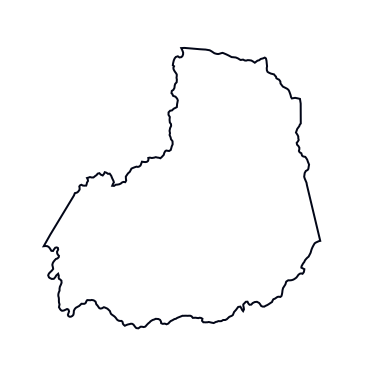 the district of Boa Vista do Tupim, Bahia, Brazil, rotated 11°
{"feature_id": "56859067B5310344538767", "entity_name": "Boa Vista do Tupim", "entity_type": "district", "adm_level": 2, "iso_a3": "BRA", "parent_name": "Brazil", "parent_adm1": "Bahia", "projection": "natural_earth1", "projection_center": [-40.706, -12.743], "detail": "fine", "context": "isolated", "style": "outline", "palette": "ink", "viewbox_px": 384, "rotation_deg": 11, "n_neighbors": 0, "source": "geoboundaries", "source_scale": "gbopen_adm2", "svg_char_len": 5971}
<svg xmlns="http://www.w3.org/2000/svg" viewBox="0 0 384 384"><g transform="rotate(11 192 192)"><path d="M327.2,215.5L303.5,163.3L302.6,161.0L300.1,157.3L299.2,155.6L299.0,151.9L299.7,149.7L301.3,148.3L301.8,147.1L301.7,144.7L301.7,142.8L300.0,140.2L298.9,138.3L297.6,136.9L296.5,135.9L294.4,135.9L293.1,135.3L291.9,133.1L290.1,132.5L289.1,131.3L289.2,129.5L288.9,128.0L287.6,126.5L286.1,125.5L285.4,123.8L286.3,122.1L286.8,120.6L286.1,119.0L285.7,117.2L284.5,115.6L282.7,113.8L283.1,111.2L283.3,109.9L284.7,107.0L285.0,105.3L285.7,104.0L281.8,84.4L280.2,80.0L277.5,79.9L275.2,79.9L272.2,81.1L271.1,79.9L270.3,78.1L269.2,76.2L268.1,74.4L267.1,73.3L265.9,72.6L264.3,72.1L261.1,71.2L259.5,69.8L258.2,68.6L257.6,66.6L256.0,65.1L254.3,64.7L253.1,64.2L252.4,62.7L251.3,62.0L250.1,60.9L246.8,60.7L244.7,60.2L243.3,59.7L242.3,58.3L241.7,56.0L241.7,54.3L240.8,51.4L240.1,49.0L239.1,46.8L237.8,46.2L236.2,47.3L234.1,48.3L232.7,49.9L231.2,50.6L229.0,53.1L227.8,52.6L226.6,52.1L225.1,51.6L223.2,51.7L221.6,51.9L220.0,52.7L218.6,52.8L216.9,52.3L214.6,53.1L213.4,52.8L212.0,52.2L210.8,51.9L209.3,51.6L205.1,52.0L202.2,51.1L199.6,50.4L196.8,49.8L195.5,49.6L194.3,50.1L192.7,51.0L191.3,51.6L189.5,51.7L187.5,51.5L184.2,50.1L182.3,49.5L178.2,49.6L172.9,50.3L157.0,52.0L154.0,52.8L155.5,54.8L156.7,56.8L157.0,58.7L156.6,60.6L155.7,61.7L154.0,62.3L152.2,61.5L150.4,62.5L149.5,64.1L149.0,66.4L148.9,69.2L149.0,71.3L150.4,72.0L150.0,73.7L150.6,75.2L152.0,76.9L153.4,78.2L154.6,79.5L154.9,81.0L155.0,82.8L155.7,84.6L156.0,87.2L154.9,89.0L154.7,90.7L154.9,93.2L154.2,95.3L152.9,96.6L153.0,98.9L154.3,99.9L154.9,101.1L156.2,101.4L157.6,101.6L159.6,103.2L160.6,104.8L160.6,107.0L160.6,108.7L160.8,110.2L160.9,111.6L158.1,113.8L156.8,115.7L155.0,116.4L153.8,118.3L154.2,120.7L155.9,122.6L156.2,125.4L157.0,128.0L158.4,129.3L158.9,131.1L158.3,133.4L158.3,136.3L159.2,138.5L159.1,140.3L160.6,142.5L161.3,144.2L163.2,145.9L163.9,148.9L163.4,151.1L163.3,152.8L163.1,154.8L161.7,156.1L160.4,156.2L158.8,156.2L157.9,157.1L157.3,159.0L157.2,160.9L155.6,163.5L154.5,164.9L153.1,164.7L151.3,164.8L149.8,164.7L148.3,165.5L146.1,166.3L144.1,166.3L142.6,166.9L143.1,168.6L142.8,170.1L141.9,171.0L140.7,171.5L139.2,171.7L137.1,171.8L136.8,173.6L136.4,175.8L135.4,177.0L134.1,177.7L132.7,177.7L131.1,178.6L129.5,179.6L128.1,180.6L127.1,184.0L125.6,186.0L124.1,189.5L124.6,191.6L125.2,193.3L124.6,195.1L122.7,195.2L121.4,196.1L120.5,197.3L119.1,198.3L117.3,199.0L115.8,199.4L114.3,200.9L112.5,201.1L112.9,199.1L113.5,197.4L112.6,195.8L111.8,194.8L110.6,193.1L109.6,191.5L107.7,189.7L106.1,190.2L104.3,189.4L102.6,189.2L102.1,191.1L101.2,192.8L99.2,192.4L97.5,191.2L95.9,192.0L95.1,193.6L94.1,194.6L92.5,196.5L90.8,196.9L89.0,196.8L87.7,197.6L86.3,198.3L87.3,199.6L87.8,201.0L87.1,202.8L87.1,204.5L86.9,205.9L85.2,206.3L83.6,206.5L82.1,206.0L81.0,206.7L80.3,208.0L80.9,209.5L81.2,211.1L80.2,213.4L79.1,214.6L77.2,215.5L76.8,217.9L61.0,260.9L56.8,273.5L58.4,273.0L60.5,272.8L62.1,273.5L63.2,274.4L65.2,276.6L66.8,276.4L67.4,274.8L68.4,272.8L69.8,272.2L71.0,272.5L71.6,274.0L70.9,276.4L71.5,278.2L72.5,279.3L73.6,280.1L73.6,281.5L72.6,282.9L71.2,283.7L70.2,285.3L69.3,287.1L68.9,288.4L68.8,290.2L69.8,292.4L70.4,294.0L69.5,295.8L67.8,298.2L67.1,299.4L66.7,301.2L67.9,303.1L69.0,303.6L70.9,304.1L72.9,303.6L74.0,301.8L74.7,299.8L76.2,297.8L77.2,299.6L77.4,301.4L78.0,302.6L79.2,303.0L80.7,303.9L81.3,306.0L81.0,307.9L80.4,310.2L80.4,312.0L80.8,314.2L80.4,315.9L80.3,317.8L80.6,319.5L81.4,321.2L81.8,322.6L82.1,324.3L82.5,325.8L83.4,327.6L83.4,330.5L84.8,332.1L85.9,333.0L87.1,333.4L88.8,332.8L91.7,330.7L93.1,331.0L94.1,332.6L93.8,334.7L93.6,336.3L94.4,337.4L95.7,337.8L96.9,337.5L98.2,336.5L99.0,335.1L99.0,333.3L98.7,331.1L99.3,329.1L100.1,327.8L101.5,326.6L102.9,325.5L103.8,324.3L104.8,322.8L106.3,322.6L107.9,322.2L108.9,321.0L109.1,319.5L109.8,318.1L111.4,317.8L112.7,317.7L114.2,317.1L116.2,317.1L118.2,318.0L119.6,320.6L120.7,321.3L121.6,322.2L123.2,323.7L124.3,323.9L125.7,323.4L127.5,321.9L128.9,322.1L131.3,322.7L134.2,324.6L135.0,326.1L136.0,327.3L139.7,329.0L141.1,330.0L142.8,331.6L144.4,332.3L146.1,332.3L147.5,332.0L148.7,332.9L149.3,334.5L150.3,335.4L151.6,336.1L153.1,335.0L154.5,334.2L155.9,333.6L157.1,333.0L158.3,332.8L159.8,333.3L162.0,335.3L163.3,336.2L165.3,336.1L166.3,335.1L167.2,334.1L168.4,333.8L170.4,333.8L171.9,333.0L173.1,330.9L174.3,329.1L175.2,328.1L176.0,326.8L177.7,325.2L179.2,324.4L180.6,323.4L183.3,323.1L185.0,323.6L186.2,325.0L186.8,326.7L188.5,327.0L190.4,326.4L192.3,326.7L193.9,325.6L194.6,324.3L195.7,322.8L197.3,321.6L199.0,320.1L200.4,319.5L201.5,318.4L206.3,315.3L207.5,315.1L209.6,314.6L211.2,314.4L212.4,314.1L213.9,313.8L215.3,314.1L216.8,315.4L218.4,315.0L219.6,314.7L220.9,314.7L222.3,314.6L223.4,314.0L224.8,313.9L226.4,314.4L226.4,316.5L228.0,317.7L230.4,317.3L232.1,316.9L233.3,316.4L236.0,316.5L238.3,316.5L240.2,315.0L241.4,314.5L242.5,313.7L244.1,313.5L245.5,313.1L247.0,311.7L249.0,311.3L250.4,310.3L251.4,308.9L252.4,307.5L253.5,306.7L254.6,306.0L255.6,304.9L256.2,301.8L257.8,299.1L258.5,297.6L259.3,296.0L261.3,295.3L262.6,296.7L263.7,298.2L264.9,299.2L265.4,297.3L264.7,295.2L264.1,294.0L263.8,292.6L264.7,291.2L265.8,289.5L267.4,289.1L268.6,290.7L270.0,291.7L271.7,291.2L272.7,289.5L274.5,288.1L276.7,287.4L279.0,288.1L280.1,289.0L281.7,290.7L283.3,291.0L284.9,290.7L285.8,289.8L287.1,288.9L288.5,287.7L291.6,284.6L291.8,283.2L292.4,281.7L293.6,281.0L294.8,279.8L295.9,278.7L297.3,278.2L298.7,278.2L299.6,277.2L299.8,275.8L299.8,273.7L299.6,271.2L299.7,269.0L301.3,264.9L301.6,262.0L303.3,260.3L304.8,260.1L306.7,259.5L308.3,258.6L309.6,257.4L310.8,256.1L311.5,254.7L312.3,252.9L313.5,251.6L314.7,251.1L316.1,251.2L317.0,249.5L317.1,247.9L317.0,246.3L315.2,245.8L313.8,245.4L313.7,244.0L314.2,242.4L314.7,240.9L315.5,239.4L316.0,237.4L317.0,235.6L317.8,234.4L318.8,233.2L320.0,229.1L320.3,225.8L320.6,224.2L321.0,222.6L321.5,221.0L322.2,219.0L323.2,218.0L324.7,216.9L326.0,216.0L327.2,215.5Z" fill="none" stroke="#020617" stroke-width="2"/></g></svg>